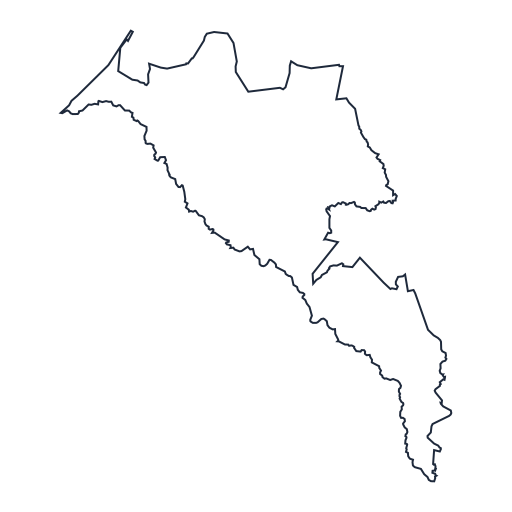 the district of Amatlán de Cañas, Nayarit, Mexico
{"feature_id": "50627088B27678172888036", "entity_name": "Amatlán de Cañas", "entity_type": "district", "adm_level": 2, "iso_a3": "MEX", "parent_name": "Mexico", "parent_adm1": "Nayarit", "projection": "robinson", "projection_center": [-104.374, 20.799], "detail": "fine", "context": "isolated", "style": "outline", "palette": "slate", "viewbox_px": 512, "rotation_deg": 0, "n_neighbors": 0, "source": "geoboundaries", "source_scale": "gbopen_adm2", "svg_char_len": 6059}
<svg xmlns="http://www.w3.org/2000/svg" viewBox="0 0 512 512"><path d="M439.8,382.2L443.3,379.3L444.5,379.8L444.9,377.9L445.0,376.9L444.1,377.2L443.0,375.7L442.6,374.9L443.0,374.4L442.1,374.4L440.3,373.0L439.7,370.8L440.6,368.3L440.4,364.0L442.5,361.6L445.3,360.7L446.4,358.9L445.4,357.6L446.0,355.7L445.6,353.0L442.3,351.3L441.2,349.4L441.0,341.8L440.2,340.1L437.9,337.9L433.7,335.4L428.0,329.8L415.2,293.3L413.5,290.0L407.9,291.2L405.1,274.5L402.9,276.3L398.1,276.9L395.8,281.8L395.9,284.4L397.8,286.5L396.5,289.2L391.9,288.3L390.4,289.0L383.7,282.7L359.9,257.7L352.4,267.1L343.0,266.1L343.3,264.3L341.9,263.3L336.9,265.6L333.5,265.4L330.1,266.4L329.0,268.1L329.4,268.7L327.5,270.7L326.9,272.3L321.9,275.0L320.7,277.3L316.4,279.9L313.2,283.7L312.6,273.8L337.9,242.1L325.9,239.3L324.3,239.5L328.1,232.7L329.8,233.2L331.2,232.7L331.2,230.5L329.4,227.9L329.4,219.2L330.0,216.1L326.6,211.3L326.2,209.4L326.6,208.5L327.4,208.4L329.1,209.5L328.4,207.4L329.5,207.7L329.8,206.4L332.0,205.3L334.8,206.4L338.3,203.0L340.9,204.1L342.1,202.4L343.0,202.2L345.8,203.5L345.8,204.7L346.3,204.8L348.3,204.2L349.5,203.0L351.1,203.1L354.0,201.9L354.8,202.5L355.0,204.4L356.5,206.4L360.1,206.9L361.4,208.0L365.7,208.1L367.2,210.3L369.7,211.2L370.7,210.9L371.1,209.7L372.4,208.7L374.2,209.6L375.5,209.1L375.9,207.4L375.4,206.2L378.4,204.3L379.3,202.9L379.3,201.7L381.3,202.6L383.3,201.5L384.0,202.7L386.0,203.0L388.3,201.2L389.8,201.0L391.4,203.1L392.6,203.3L393.0,202.4L392.7,200.7L395.6,200.5L395.7,198.8L396.8,196.0L395.1,194.0L393.1,195.2L393.1,190.6L386.0,185.9L386.3,185.0L387.7,184.2L388.4,181.2L386.1,176.8L386.0,175.0L384.7,172.6L385.2,169.3L382.8,168.1L383.7,165.8L383.4,164.0L379.7,161.3L380.2,160.1L377.5,158.8L376.5,157.5L378.6,154.3L375.1,153.1L371.4,150.2L369.8,147.5L367.8,146.4L368.1,144.5L367.6,142.4L366.7,141.6L366.3,139.7L364.9,139.1L363.4,137.0L360.9,132.6L361.4,131.4L360.7,129.9L359.3,128.7L359.2,126.5L358.5,125.5L355.1,108.8L349.0,102.6L346.4,98.3L336.3,99.4L343.0,66.2L339.4,66.2L339.0,64.8L311.2,68.3L297.3,65.2L291.1,61.3L289.8,65.6L289.6,73.1L285.5,87.3L283.1,89.3L279.9,87.8L248.3,91.7L235.8,72.0L235.6,66.4L236.8,61.5L233.5,43.0L227.5,33.5L214.1,32.0L206.8,33.7L204.8,36.9L203.9,40.6L193.7,57.0L192.6,58.4L191.8,58.4L188.0,63.5L186.3,63.4L186.0,64.3L167.1,68.6L160.8,67.6L149.1,63.7L150.0,69.0L148.1,74.3L148.5,82.6L146.6,85.1L145.1,84.6L144.0,83.0L140.3,82.4L137.6,80.5L132.3,79.7L118.2,71.1L120.3,47.8L126.7,39.4L128.0,40.9L132.8,31.8L130.8,30.7L108.4,65.1L77.3,95.8L71.5,100.8L69.1,105.3L60.7,112.9L62.3,113.2L67.1,110.4L69.2,111.4L70.7,113.3L72.7,114.1L77.8,114.0L78.9,112.6L79.0,111.3L82.5,110.5L88.6,104.5L91.4,104.8L94.6,103.8L98.1,104.4L98.4,101.2L98.8,100.9L102.4,102.1L106.1,101.1L108.8,101.8L111.3,101.7L113.2,105.4L116.5,106.4L118.6,105.2L120.1,105.2L124.9,110.5L129.2,110.6L131.1,112.4L132.5,112.9L131.9,116.8L133.4,117.6L133.7,119.8L136.7,121.1L137.3,120.5L138.2,121.0L140.6,124.1L146.5,126.9L146.6,130.7L144.4,136.0L144.6,139.3L145.6,140.9L145.6,142.9L146.0,143.4L147.4,143.9L150.4,143.6L153.6,145.4L153.2,147.7L156.0,152.5L155.6,153.6L154.3,154.7L154.2,156.0L155.2,157.4L154.6,159.0L157.5,160.7L158.2,160.6L160.2,157.2L164.8,157.0L166.0,160.2L164.4,163.0L166.6,164.0L167.6,167.6L167.5,170.2L169.6,174.7L169.2,175.0L169.7,176.1L170.9,177.4L175.2,179.1L176.1,183.9L178.5,187.0L180.1,187.1L181.9,185.2L182.7,185.6L184.3,191.8L185.3,199.2L184.8,201.7L187.5,203.4L185.9,207.5L188.8,209.7L189.1,211.6L190.9,211.0L193.1,211.7L195.1,210.7L195.8,211.0L198.9,215.3L201.9,216.1L203.7,217.3L204.8,219.2L204.5,221.5L205.4,224.1L206.5,225.5L208.7,226.7L208.7,228.8L209.9,229.6L212.7,229.0L213.4,229.5L213.4,230.5L212.0,232.9L214.7,232.6L224.6,239.4L228.8,240.5L228.7,241.8L226.3,242.4L225.9,243.1L226.9,244.4L230.5,245.2L230.8,247.3L230.4,248.0L233.4,247.7L234.6,249.5L239.5,251.4L241.5,251.1L247.8,246.7L250.1,249.4L253.0,248.9L254.4,255.0L259.4,259.2L259.7,264.2L261.4,265.8L263.6,266.2L265.3,265.5L267.2,263.8L269.5,259.8L271.0,260.0L274.5,262.7L275.9,264.4L276.1,267.0L284.9,271.5L285.7,273.9L286.7,274.7L288.8,276.0L290.3,276.1L291.9,277.5L293.5,284.9L297.1,287.0L297.8,289.8L299.8,292.3L302.9,292.9L304.3,294.0L304.3,295.0L302.7,296.5L302.5,297.8L305.3,300.0L306.8,303.6L309.5,307.0L311.9,315.7L310.3,319.7L310.3,321.0L310.9,321.7L312.9,322.9L316.1,322.9L317.6,322.3L321.3,319.0L323.5,318.6L324.7,319.3L326.8,321.2L327.5,325.2L329.4,327.7L332.7,329.4L335.0,329.1L335.3,333.9L338.1,339.4L338.3,340.5L337.5,341.3L338.9,341.4L344.9,344.5L348.2,344.6L349.1,345.8L351.2,345.4L352.4,345.7L354.2,346.8L354.1,347.9L356.3,351.1L360.6,351.6L361.6,350.1L364.1,350.2L365.1,351.5L364.9,353.7L365.3,354.2L366.7,355.2L369.7,354.9L370.4,357.3L372.0,359.7L371.8,362.4L379.1,366.2L379.3,368.0L381.0,370.6L380.1,372.4L380.1,374.0L382.2,375.6L382.5,377.1L384.5,378.7L386.2,378.4L390.2,380.0L393.1,379.0L397.8,380.9L399.5,382.8L401.0,385.8L400.4,387.9L399.1,388.9L398.9,390.0L398.9,391.7L400.1,393.9L399.5,394.8L399.5,396.3L400.1,397.2L399.6,398.6L401.4,401.9L403.1,403.0L403.4,404.1L403.1,405.3L401.6,406.7L401.8,409.4L400.3,411.8L400.1,415.8L401.1,417.9L402.9,417.8L404.6,419.0L404.9,421.2L403.1,423.5L403.2,424.5L404.7,427.4L406.8,429.1L407.4,432.0L406.7,433.7L405.7,434.4L405.4,436.2L406.3,436.8L406.5,437.8L405.5,440.2L405.2,443.6L406.9,444.0L407.2,444.6L406.2,448.3L406.7,449.3L406.0,451.9L407.9,452.8L408.2,456.2L409.2,457.8L410.1,458.8L413.0,459.7L412.5,462.2L412.9,465.3L413.5,466.1L414.9,467.2L420.9,468.9L424.2,474.2L427.5,477.0L428.8,479.9L431.0,481.2L434.2,481.3L435.2,478.2L435.0,476.5L436.4,475.7L435.7,475.3L435.2,473.8L432.4,472.8L432.6,470.8L434.8,470.5L435.1,469.2L435.4,469.9L435.9,468.6L435.4,468.3L435.5,466.2L434.8,464.3L433.8,464.7L433.1,464.1L434.1,450.1L439.8,451.5L440.9,449.0L440.7,448.0L439.6,447.6L438.2,445.6L434.1,443.6L427.7,437.7L427.5,436.0L430.8,432.5L431.5,426.3L432.6,424.0L449.1,415.9L450.7,414.5L451.3,413.0L450.8,410.5L443.2,406.4L440.9,403.8L440.6,402.8L441.7,403.1L442.0,400.4L435.6,392.6L434.7,390.7L435.5,389.2L439.9,385.9L439.9,384.5L440.7,384.0L439.8,382.2Z" fill="none" stroke="#1e293b" stroke-width="2"/></svg>